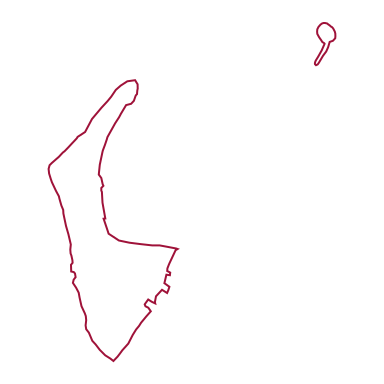 the district of Kolovai, Tongatapu, Tonga
{"feature_id": "48082658B55363984375879", "entity_name": "Kolovai", "entity_type": "district", "adm_level": 2, "iso_a3": "TON", "parent_name": "Tonga", "parent_adm1": "Tongatapu", "projection": "albers", "projection_center": [-175.316, -21.101], "detail": "fine", "context": "isolated", "style": "outline", "palette": "rose", "viewbox_px": 384, "rotation_deg": 0, "n_neighbors": 0, "source": "geoboundaries", "source_scale": "gbopen_adm2", "svg_char_len": 2134}
<svg xmlns="http://www.w3.org/2000/svg" viewBox="0 0 384 384"><path d="M177.6,249.0L176.2,248.5L166.7,246.7L159.6,245.4L152.2,245.4L140.5,244.1L129.4,242.7L118.9,240.5L108.6,233.7L108.0,231.8L106.6,227.6L103.6,218.7L105.3,218.5L102.5,202.7L101.9,191.9L101.3,190.6L101.3,188.0L103.4,185.8L102.7,184.3L102.3,182.5L101.3,178.0L98.8,174.6L98.9,173.4L99.8,164.7L102.4,152.3L102.8,150.6L104.9,145.0L106.8,139.4L107.4,137.2L115.2,123.2L119.1,117.2L120.9,113.8L126.1,105.1L131.1,103.8L133.9,100.8L135.5,96.1L135.9,95.3L137.0,94.1L137.3,90.5L137.7,88.6L137.6,84.3L136.0,81.7L135.1,80.2L127.3,81.3L120.7,85.6L115.8,89.9L111.2,96.7L107.5,101.2L101.4,107.8L92.0,119.0L85.1,132.0L77.6,136.9L76.8,138.3L72.0,143.4L68.3,147.4L64.5,151.3L62.9,152.5L61.1,154.4L59.0,156.7L51.8,163.0L49.6,165.2L48.6,168.9L49.1,173.5L50.7,178.7L51.9,182.2L56.0,190.9L58.9,196.3L59.4,198.6L61.4,205.6L63.2,209.9L63.4,213.5L64.2,217.4L66.0,225.9L68.4,234.2L69.9,240.6L70.8,244.5L70.3,249.6L70.6,253.5L71.4,255.6L72.4,260.2L72.6,262.8L71.0,264.8L71.2,271.5L73.8,272.1L75.0,273.5L75.6,277.2L73.7,279.6L72.9,282.9L76.1,287.7L78.7,292.7L79.6,297.7L81.5,306.2L84.8,313.3L85.8,316.1L86.2,320.2L85.6,325.4L86.2,329.2L88.9,332.7L92.3,340.8L95.6,344.4L99.8,349.9L105.2,355.3L110.4,358.6L113.4,361.0L117.6,356.6L119.9,353.6L122.3,350.3L128.3,343.6L132.7,335.0L136.1,329.5L139.0,326.0L141.1,322.7L146.3,316.4L150.8,311.3L148.3,307.7L145.5,306.3L144.7,304.4L144.8,304.2L148.2,299.5L151.8,301.8L155.2,303.4L154.9,302.1L156.0,296.3L162.0,289.8L167.1,293.0L168.3,290.2L169.4,286.8L164.4,283.2L166.4,274.7L169.9,275.2L170.2,272.6L167.2,271.0L167.4,268.4L168.8,264.8L169.4,263.4L175.6,250.2L177.6,249.0ZM318.1,56.8L315.8,60.5L315.1,62.2L314.9,63.2L315.0,64.2L316.0,65.2L317.7,64.4L318.9,62.7L323.0,55.8L326.2,51.5L328.1,47.3L329.7,41.9L332.9,40.8L335.2,38.3L335.4,36.2L335.3,33.5L334.8,31.6L334.2,30.4L333.2,28.5L332.1,27.2L331.0,26.6L329.7,25.4L328.1,24.3L327.2,23.5L325.0,23.0L323.5,23.0L322.0,23.5L320.5,24.6L318.5,26.9L317.3,29.3L317.1,31.6L317.3,33.9L319.1,37.2L321.2,40.2L322.3,42.0L324.2,43.2L324.6,43.8L321.7,50.4L318.1,56.8Z" fill="none" stroke="#9f1239" stroke-width="2"/></svg>